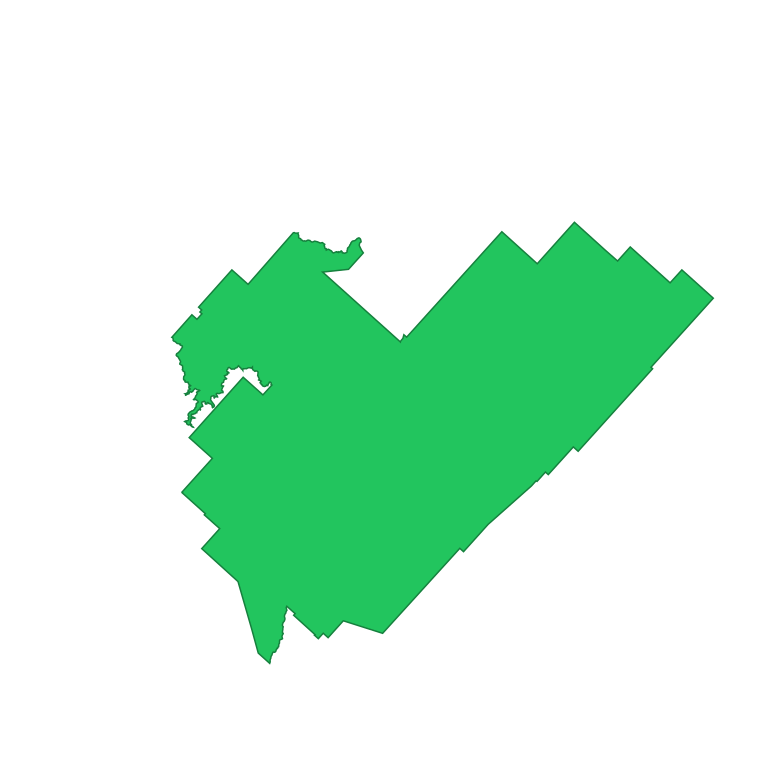 outline of Collie, Western Australia, Australia, rotated 42°
{"feature_id": "25037944B67416490528235", "entity_name": "Collie", "entity_type": "district", "adm_level": 2, "iso_a3": "AUS", "parent_name": "Australia", "parent_adm1": "Western Australia", "projection": "equal_earth", "projection_center": [116.035, -33.274], "detail": "fine", "context": "isolated", "style": "filled", "palette": "green", "viewbox_px": 768, "rotation_deg": 42, "n_neighbors": 0, "source": "geoboundaries", "source_scale": "gbopen_adm2", "svg_char_len": 6168}
<svg xmlns="http://www.w3.org/2000/svg" viewBox="0 0 768 768"><g transform="rotate(42 384 384)"><path d="M417.3,136.4L417.4,192.1L369.7,192.0L369.5,334.0L365.8,334.1L367.5,337.4L367.7,341.4L368.0,341.8L263.5,341.9L280.9,322.5L280.9,300.4L277.7,299.6L273.3,297.8L272.6,297.3L271.8,295.8L271.6,295.2L271.9,293.9L271.6,293.4L269.8,292.2L269.1,292.0L268.0,292.0L267.4,292.4L266.7,294.0L266.8,294.9L266.4,297.0L265.1,298.7L264.9,299.4L265.0,301.3L265.6,302.6L265.5,303.2L266.0,304.5L266.2,306.0L266.0,307.0L266.1,307.6L266.8,308.3L267.2,309.5L268.1,310.4L268.2,311.1L267.8,312.2L267.2,313.3L266.3,313.5L266.2,313.9L265.5,314.3L265.1,314.4L264.3,313.7L263.2,313.7L263.0,314.3L263.1,315.1L262.5,315.6L262.4,316.5L261.6,316.3L261.3,317.3L260.9,317.5L260.4,317.3L260.1,317.6L258.8,320.4L257.9,320.7L255.9,320.3L252.7,321.0L252.2,321.4L251.5,323.1L250.4,322.1L249.5,322.7L249.0,322.6L248.1,321.7L247.0,321.3L246.6,319.9L246.3,319.8L245.0,320.2L244.0,320.0L243.5,320.2L242.3,321.9L239.5,322.8L236.9,324.2L236.0,326.1L235.5,326.7L233.8,327.1L233.0,326.9L231.4,327.8L230.9,328.5L230.5,329.9L230.2,330.3L229.3,330.6L228.9,331.3L228.0,331.9L226.5,332.0L226.0,332.4L224.8,331.8L223.4,332.4L222.6,332.3L221.2,330.7L219.5,329.9L219.2,329.2L217.4,331.1L216.0,331.5L215.4,332.3L216.3,400.9L194.6,401.0L194.8,451.0L199.0,451.0L199.0,453.7L201.7,453.7L201.7,461.1L194.9,461.1L195.1,491.3L196.3,491.0L197.4,491.8L198.1,492.7L198.9,492.8L200.7,492.2L203.1,492.3L205.8,490.6L206.0,490.7L206.0,491.3L206.3,491.4L207.6,491.1L208.3,490.7L208.7,490.7L209.7,491.8L209.7,493.0L210.2,495.0L210.2,498.2L209.7,500.1L209.8,500.8L210.4,501.7L211.4,501.9L212.4,501.6L217.4,503.2L218.1,503.7L218.4,505.1L218.6,505.5L219.1,505.9L221.5,505.3L222.2,505.4L224.2,507.4L224.6,508.4L225.6,508.4L226.3,508.9L226.9,508.6L228.0,508.5L228.4,509.3L230.0,510.4L230.3,512.6L231.5,514.2L232.3,514.9L233.6,514.5L233.9,514.6L234.2,515.2L234.6,515.5L235.1,515.5L237.2,513.8L238.6,514.7L241.5,514.7L241.4,515.1L240.6,515.7L240.4,516.1L240.9,516.4L241.6,517.5L242.2,517.5L243.1,517.2L243.4,517.4L243.2,518.4L242.6,519.7L243.5,520.6L243.7,522.0L243.3,523.6L242.7,524.4L243.6,524.3L244.1,525.0L244.3,524.7L244.6,523.4L245.6,521.7L245.0,520.6L245.0,519.6L245.4,519.1L246.2,519.1L246.5,518.7L246.8,517.1L246.5,516.4L246.6,513.8L246.9,513.6L249.0,513.3L250.7,512.2L251.3,512.1L251.1,513.8L250.4,514.6L250.3,515.3L250.4,515.7L251.5,516.0L251.8,516.5L252.1,518.1L252.1,519.1L252.8,520.2L252.9,523.0L253.3,522.9L254.6,521.4L255.7,521.3L257.7,521.4L258.0,521.7L258.1,522.2L257.6,524.1L259.7,527.0L259.5,527.9L260.0,529.1L260.1,529.8L259.8,531.8L259.0,532.9L259.0,533.5L258.5,534.8L258.6,537.3L259.2,538.2L260.7,538.8L261.0,539.2L261.2,540.3L262.7,541.1L263.0,542.2L261.2,544.4L261.0,545.3L262.7,544.8L263.5,545.0L264.0,545.6L266.0,545.4L266.4,544.6L267.0,544.2L270.0,544.2L270.9,543.9L271.2,543.7L270.8,543.6L269.6,544.0L269.1,543.8L268.2,543.0L267.6,543.1L266.3,542.7L265.4,541.7L265.3,540.8L264.6,539.7L264.5,539.1L263.6,539.1L263.5,538.6L263.8,538.1L266.2,536.1L266.3,535.8L264.5,536.2L262.6,537.2L262.1,536.8L261.2,535.4L261.5,534.8L262.4,534.7L262.4,534.0L262.7,533.4L263.4,532.7L263.4,531.5L264.1,530.7L263.3,529.4L263.6,526.8L264.2,526.2L264.8,526.1L264.5,525.5L263.7,525.4L263.4,524.7L263.6,522.9L264.6,521.5L263.8,521.9L263.3,521.3L261.4,520.3L261.0,519.7L260.9,518.8L261.8,517.9L261.8,517.3L262.2,517.0L263.5,517.2L264.2,518.2L265.0,518.2L265.7,517.3L265.2,516.3L265.5,515.6L265.8,515.5L266.7,515.7L268.9,514.7L270.9,515.1L271.7,516.0L272.4,516.3L272.9,514.9L272.7,514.6L272.7,513.8L271.8,513.2L265.8,511.9L264.9,510.5L264.2,509.8L264.0,509.0L264.0,508.6L265.3,506.5L265.8,506.6L266.9,508.0L267.2,508.0L267.2,506.6L267.3,506.0L269.0,505.0L268.7,504.7L266.2,503.9L265.9,503.5L265.9,503.2L266.5,502.3L267.3,502.0L268.3,501.0L268.5,499.9L270.1,498.1L269.2,497.2L267.7,497.3L267.2,496.8L266.2,494.2L266.2,493.2L266.1,492.9L265.5,493.1L265.0,494.0L264.5,494.2L264.0,493.7L263.2,492.5L263.0,491.4L263.6,490.1L262.9,489.1L262.4,487.7L262.9,486.3L263.5,485.8L263.5,485.4L261.1,485.3L259.9,484.6L261.2,482.1L261.2,481.4L260.4,481.1L260.6,480.5L261.2,479.8L261.3,479.5L260.5,479.3L259.6,479.7L258.5,479.7L257.8,478.6L257.9,477.4L257.6,477.1L257.4,476.5L257.5,475.7L257.9,475.2L260.6,475.1L262.4,473.3L262.9,473.0L262.9,471.6L263.8,470.3L263.6,468.5L263.7,467.7L264.9,468.0L266.8,467.9L268.0,468.3L268.4,467.9L269.9,468.3L269.3,467.6L269.3,466.6L270.4,465.8L271.0,465.0L271.7,464.6L271.9,463.6L272.7,462.2L273.4,461.8L273.7,461.3L274.6,461.2L274.6,460.6L274.9,460.3L274.9,459.5L276.0,460.7L277.4,461.2L277.8,461.0L279.4,461.0L279.6,460.4L280.0,460.4L280.3,459.8L281.0,459.4L282.1,459.3L282.8,459.8L284.6,462.4L285.3,462.4L286.4,463.1L287.9,463.6L288.4,464.2L288.1,464.6L288.1,464.9L288.7,464.8L289.5,464.3L290.8,464.1L290.7,464.6L291.1,465.4L291.1,466.0L292.2,465.9L293.0,466.4L293.8,466.1L294.3,466.5L295.2,466.6L296.7,466.0L297.6,464.8L297.6,463.3L298.7,463.0L298.1,461.6L297.9,460.0L297.6,459.5L297.7,459.1L298.4,458.6L299.1,458.6L299.7,458.9L300.5,460.0L301.4,459.8L301.3,473.1L274.8,473.2L275.1,554.2L306.2,554.1L306.2,599.5L307.0,599.5L307.0,599.9L338.0,599.9L338.0,601.5L358.7,601.4L358.7,628.3L407.7,628.5L449.6,654.6L470.6,668.1L486.0,668.1L485.4,666.7L484.0,665.3L483.3,663.4L482.4,662.2L482.0,660.2L481.5,659.4L481.0,657.8L481.3,657.1L481.8,656.9L482.3,656.4L482.5,655.3L481.6,653.3L481.7,651.7L481.4,651.7L481.3,650.1L481.5,649.9L481.4,649.6L480.0,647.8L479.7,646.5L478.3,644.9L477.9,644.1L478.0,643.3L478.8,642.1L479.0,641.2L477.1,639.9L476.5,638.7L476.3,637.5L476.0,636.8L475.7,636.7L475.1,636.9L474.4,636.2L472.9,633.9L472.1,633.0L471.6,631.9L470.2,631.5L469.7,631.0L468.7,629.0L468.5,626.7L467.7,625.0L467.0,624.3L466.1,623.8L465.3,623.1L464.4,621.5L464.4,620.3L463.4,618.3L463.3,617.2L461.0,615.7L460.8,615.2L460.5,614.2L471.6,614.1L471.6,616.3L500.6,616.4L500.4,617.2L505.6,617.2L505.6,609.9L512.2,609.9L512.2,587.2L549.8,570.2L550.3,455.4L555.3,455.4L555.3,418.6L561.8,361.0L561.8,354.3L562.9,354.0L562.9,341.4L566.7,341.4L566.8,304.1L573.3,304.1L573.4,192.9L571.2,192.9L571.3,99.9L529.0,99.9L528.9,117.4L475.3,117.4L475.3,136.3L459.6,136.5L417.3,136.4Z" fill="#22c55e" stroke="#15803d" stroke-width="1.5"/></g></svg>